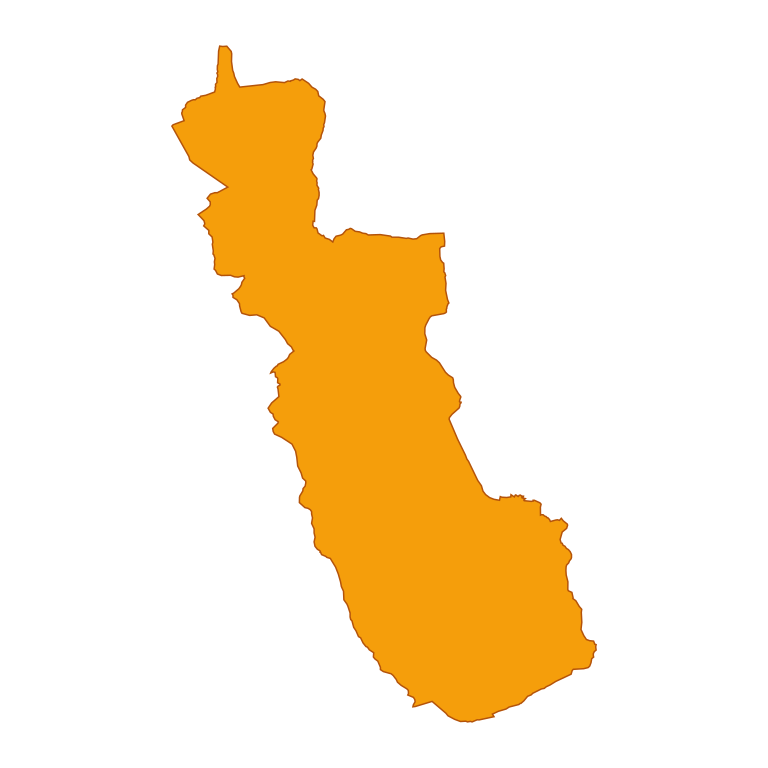 the district of Tomsani, Vâlcea, Romania
{"feature_id": "2599482B78290821602499", "entity_name": "Tomsani", "entity_type": "district", "adm_level": 2, "iso_a3": "ROU", "parent_name": "Romania", "parent_adm1": "Vâlcea", "projection": "equal_earth", "projection_center": [24.055, 45.103], "detail": "fine", "context": "isolated", "style": "filled", "palette": "amber", "viewbox_px": 768, "rotation_deg": 0, "n_neighbors": 0, "source": "geoboundaries", "source_scale": "gbopen_adm2", "svg_char_len": 6082}
<svg xmlns="http://www.w3.org/2000/svg" viewBox="0 0 768 768"><path d="M593.7,657.0L593.4,656.3L593.3,653.7L594.3,651.6L596.1,650.1L595.7,646.8L596.1,644.6L594.8,644.2L593.6,641.1L589.7,640.7L586.4,639.5L583.8,635.6L581.0,629.5L581.8,622.4L581.3,612.4L581.7,609.3L579.2,606.4L575.8,600.7L572.9,598.6L573.1,597.8L571.9,592.4L568.4,590.8L567.8,589.6L567.9,581.8L566.2,575.0L565.9,570.6L566.1,566.7L566.7,564.9L568.6,563.0L569.5,560.8L571.1,558.8L571.5,557.5L571.5,554.5L570.2,551.7L568.4,549.6L566.4,548.4L565.0,546.3L563.0,545.2L562.2,543.3L561.1,543.0L560.1,539.5L562.2,532.0L566.6,528.4L567.6,525.2L567.3,524.1L563.3,520.9L561.3,518.3L559.4,520.4L557.6,519.8L555.9,520.0L550.4,521.5L549.5,519.5L547.8,517.7L547.2,517.8L546.0,516.5L544.6,516.1L543.2,514.8L541.4,514.7L540.5,515.1L540.4,507.1L541.1,504.2L539.9,502.8L534.4,500.3L533.2,500.3L533.3,501.0L531.3,501.4L524.2,500.7L523.8,500.0L525.3,498.6L522.1,497.9L521.9,497.2L523.4,496.7L523.5,496.2L521.8,496.1L520.4,495.1L519.3,495.3L518.1,496.5L515.8,494.9L515.3,495.1L514.3,496.9L511.0,494.7L510.8,496.9L506.7,497.5L501.8,497.2L500.3,496.6L499.5,500.3L494.0,499.3L489.6,497.6L485.6,494.6L483.0,491.2L481.4,485.7L477.7,480.4L468.5,461.3L466.9,459.1L465.4,455.1L457.6,439.2L449.1,419.2L449.4,417.6L452.0,414.3L459.1,408.0L459.8,406.2L459.9,404.2L461.1,402.7L461.0,402.1L460.0,402.2L459.5,401.7L459.7,400.1L460.8,397.1L460.7,396.5L458.2,393.3L454.7,387.3L453.5,382.8L453.3,379.6L452.7,377.8L448.4,375.1L445.4,372.2L439.4,362.8L436.5,360.1L431.7,357.4L426.2,351.9L425.3,350.4L425.1,348.5L426.7,340.0L424.8,333.8L424.9,327.7L425.8,325.0L429.0,318.8L430.2,317.0L431.8,315.8L443.9,313.6L445.6,312.8L446.4,312.0L446.3,309.2L446.7,308.6L446.9,306.8L448.0,303.9L448.9,303.0L447.5,299.5L445.6,290.3L446.0,283.4L445.0,277.0L445.7,275.6L444.7,272.7L443.8,271.8L444.1,268.8L443.7,263.2L442.6,262.5L440.7,260.0L439.9,256.4L439.7,248.5L441.2,246.8L444.5,246.1L444.7,241.5L443.8,233.2L429.8,233.6L422.2,234.9L420.6,235.6L416.7,238.7L413.0,239.1L408.1,238.0L406.3,238.4L398.5,237.2L391.9,237.2L390.5,236.1L380.2,234.6L368.3,235.0L365.9,233.6L362.7,233.2L359.6,231.9L355.2,231.3L351.5,228.7L350.2,228.4L348.8,229.3L346.4,229.8L342.6,234.2L340.4,235.2L336.1,236.2L334.1,238.7L332.8,242.0L329.4,239.4L325.1,238.0L323.5,235.4L322.0,235.8L318.0,232.9L317.0,228.9L316.3,227.9L314.1,227.8L312.7,225.2L313.1,221.2L314.5,221.4L314.9,210.4L316.8,205.2L317.2,200.2L318.5,198.6L319.1,195.5L319.1,192.4L318.4,189.4L318.7,188.2L316.9,185.2L317.1,182.8L316.6,181.0L317.0,178.9L316.7,178.1L313.2,173.9L311.1,169.8L311.8,169.1L313.1,164.1L312.5,162.1L312.8,161.3L312.6,160.0L313.4,158.6L312.8,155.3L313.5,152.0L316.2,148.0L316.9,146.1L317.0,143.7L317.7,142.2L320.8,138.2L321.3,135.0L323.0,130.5L323.2,128.1L324.0,126.7L323.7,124.6L324.5,122.6L325.5,116.0L324.9,113.3L323.9,111.0L323.8,109.7L325.0,101.6L323.2,99.3L318.7,95.8L317.8,91.5L315.6,89.2L312.0,87.2L308.6,83.3L302.1,79.0L299.9,80.6L298.3,79.4L295.1,78.9L293.5,80.0L290.5,80.9L290.4,81.3L287.9,81.0L284.5,82.6L275.6,81.8L270.1,82.5L263.0,84.6L239.8,87.1L237.6,83.4L234.5,76.6L233.7,73.0L232.7,70.5L231.5,61.5L231.7,53.8L231.2,51.4L226.8,46.2L222.7,46.5L219.7,46.1L218.6,51.1L218.1,64.1L217.4,65.7L217.3,69.5L217.8,71.9L216.9,73.1L217.6,74.6L217.7,76.4L216.8,78.5L217.0,82.5L215.5,84.3L215.7,86.9L215.2,87.2L215.4,89.1L214.6,92.0L205.7,95.3L200.7,96.2L199.7,97.6L196.9,98.3L195.3,99.8L193.5,99.7L191.4,100.4L187.5,102.3L185.6,105.1L185.6,107.4L182.5,109.8L182.3,111.7L181.8,112.8L181.8,113.9L184.1,120.7L173.2,124.7L171.9,126.1L188.9,156.5L189.7,159.9L192.9,162.9L227.8,187.1L217.3,192.7L214.8,192.7L210.5,194.1L207.1,198.3L210.2,201.8L210.3,204.6L209.6,206.2L206.3,209.1L198.1,214.5L204.0,220.7L204.7,223.4L204.7,224.1L203.7,225.9L208.8,230.4L208.8,233.8L212.1,237.0L212.9,242.2L212.3,244.2L213.3,250.8L213.0,254.0L213.8,254.8L215.0,258.4L214.4,261.8L214.7,264.6L214.1,269.1L215.5,270.3L217.4,274.0L221.4,275.5L230.6,275.3L234.4,276.8L238.1,277.1L244.0,275.7L243.9,276.8L244.7,278.2L241.9,282.3L241.4,284.7L240.5,286.4L238.8,288.8L233.7,293.1L232.1,293.9L233.0,295.2L233.0,297.4L236.9,299.8L239.5,303.7L239.6,305.9L241.1,311.7L242.0,313.3L249.6,315.4L256.8,314.8L264.2,317.9L270.3,326.3L278.8,331.2L285.4,339.6L287.6,343.7L291.4,346.9L293.2,350.4L293.9,351.0L289.7,354.4L288.3,357.5L286.9,359.2L283.6,361.7L278.1,364.3L277.2,365.9L276.4,366.1L273.9,368.3L271.3,371.6L270.7,373.0L273.3,371.9L275.1,372.4L275.5,376.7L277.4,377.8L277.8,378.8L277.6,382.7L280.0,384.1L279.9,385.2L278.0,386.2L277.4,387.1L278.0,388.9L278.9,396.6L271.6,403.0L268.1,408.2L270.4,412.3L273.1,414.1L273.3,416.2L275.1,419.7L278.2,421.7L278.0,423.1L272.7,428.4L273.2,431.5L274.6,434.1L281.6,437.3L292.0,444.1L295.6,451.2L296.8,457.5L297.7,466.0L301.1,472.9L302.6,478.1L305.7,481.0L305.8,482.9L305.1,486.2L303.1,488.5L302.8,491.0L299.8,496.0L299.5,497.4L299.4,502.6L304.9,507.6L308.0,508.3L310.4,509.8L311.6,511.7L311.6,514.0L312.5,517.9L311.6,523.4L314.1,528.8L314.1,533.0L315.1,537.2L314.1,541.9L315.0,546.3L317.4,549.3L319.8,550.7L320.3,551.6L320.0,552.1L320.6,552.4L321.6,554.6L325.8,556.4L326.9,557.4L330.3,558.4L335.6,567.1L338.3,574.0L340.5,581.7L341.4,586.6L343.5,591.2L343.9,599.8L346.9,604.0L347.9,606.2L350.1,613.0L350.1,617.0L350.7,619.5L352.0,620.9L353.7,627.3L356.0,630.8L358.5,636.6L360.6,637.8L363.1,643.0L365.9,646.5L367.5,647.2L369.3,649.8L373.7,652.7L373.4,657.0L374.9,658.9L377.8,661.1L380.4,667.2L380.4,669.6L383.4,671.6L391.2,673.8L393.3,675.6L394.7,677.5L396.2,679.4L397.5,682.2L401.2,685.4L406.8,688.8L408.3,690.4L408.5,693.5L407.8,695.0L413.5,697.4L414.8,699.6L415.1,701.8L413.4,704.7L412.9,706.8L415.3,706.5L432.1,701.4L445.9,713.2L448.0,715.8L454.6,719.3L460.5,721.5L465.8,721.2L467.5,721.9L470.4,721.4L472.1,721.9L477.1,719.8L479.1,719.9L494.0,716.7L492.4,714.1L498.4,711.3L506.1,709.0L509.2,707.0L518.9,704.5L520.0,703.5L520.9,703.4L523.9,700.8L527.6,696.3L531.3,694.8L532.7,693.3L541.5,688.9L544.2,688.4L546.3,686.7L550.0,685.0L555.8,681.4L571.1,674.2L572.2,670.5L573.3,669.3L583.7,668.7L588.1,667.6L589.7,666.1L591.0,662.7L591.7,658.7L593.7,657.0Z" fill="#f59e0b" stroke="#b45309" stroke-width="1.5"/></svg>